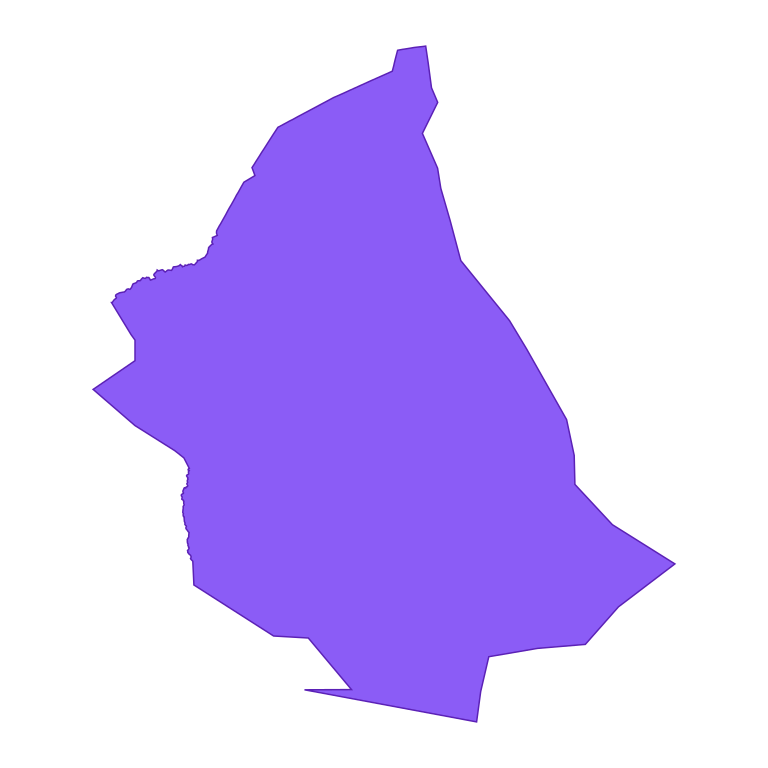 Bayandun, Dornod, Mongolia
{"feature_id": "93677404B6552639401597", "entity_name": "Bayandun", "entity_type": "district", "adm_level": 2, "iso_a3": "MNG", "parent_name": "Mongolia", "parent_adm1": "Dornod", "projection": "robinson", "projection_center": [113.06, 49.385], "detail": "fine", "context": "isolated", "style": "filled", "palette": "violet", "viewbox_px": 768, "rotation_deg": 0, "n_neighbors": 0, "source": "geoboundaries", "source_scale": "gbopen_adm2", "svg_char_len": 5941}
<svg xmlns="http://www.w3.org/2000/svg" viewBox="0 0 768 768"><path d="M304.5,689.8L476.6,721.9L480.7,691.5L488.8,656.7L537.4,648.4L585.3,644.4L618.5,606.8L674.9,563.9L612.4,524.7L574.9,484.4L574.2,455.4L566.6,419.6L526.4,348.6L509.5,320.6L460.8,260.6L450.1,220.4L440.8,188.3L437.6,168.2L422.4,133.4L437.7,102.4L431.5,87.8L428.2,63.0L425.7,46.1L422.8,46.5L418.3,47.0L414.0,47.5L411.2,48.0L405.7,48.9L403.8,49.2L402.9,49.3L397.9,50.2L397.6,50.3L395.4,58.7L394.3,63.2L393.8,65.5L393.2,67.8L392.3,71.2L371.2,80.6L361.5,85.0L349.6,90.4L343.3,93.3L333.5,97.6L328.5,100.3L322.3,103.6L297.9,116.6L292.7,119.5L289.6,121.0L287.1,122.4L277.9,127.3L273.3,134.3L269.9,139.6L267.6,143.2L264.1,148.7L261.4,152.8L259.5,155.9L255.9,161.5L254.0,164.6L252.0,167.6L252.4,168.7L253.6,171.9L254.9,175.6L243.9,182.2L241.5,186.4L239.4,190.2L238.2,192.4L236.5,195.1L234.9,198.2L231.4,204.5L229.3,208.0L228.2,210.0L226.5,213.2L225.9,214.4L222.9,219.7L220.5,224.0L219.4,225.7L217.8,228.7L216.6,230.9L216.5,232.1L216.5,233.2L216.8,234.1L217.3,235.4L213.7,237.0L212.4,237.5L212.6,238.8L212.6,239.3L212.5,239.8L211.8,242.0L212.3,243.1L212.9,244.0L211.7,244.5L210.8,245.3L209.1,247.0L208.5,248.0L208.5,249.0L207.9,251.0L207.6,252.1L207.6,253.3L206.9,254.1L205.0,257.1L201.8,258.7L200.8,259.3L199.2,260.3L198.8,260.3L197.4,260.3L197.5,261.4L195.3,263.9L194.5,264.8L193.2,264.8L192.9,264.8L192.0,264.2L191.4,263.9L190.8,264.0L189.6,264.5L188.4,264.4L187.6,265.2L186.9,265.4L186.4,265.4L185.1,265.0L184.7,266.0L184.4,266.2L183.1,266.5L182.4,266.8L181.9,265.7L180.9,265.2L180.3,264.6L179.6,265.3L178.7,265.9L177.4,266.3L176.2,266.6L173.9,266.8L173.4,266.9L172.9,267.9L172.4,269.1L171.5,270.4L168.4,270.0L167.8,270.1L167.3,270.4L165.3,272.0L164.6,271.7L164.2,271.4L163.9,270.8L163.4,270.5L162.8,269.9L162.2,269.7L160.9,270.1L158.9,270.8L158.3,270.7L157.2,270.0L157.1,270.6L156.9,271.2L154.3,273.8L153.8,274.9L154.0,275.4L154.4,276.0L155.4,277.2L155.5,277.8L155.2,278.5L154.9,278.7L153.7,278.8L152.8,279.2L151.7,279.7L150.4,280.1L149.5,278.4L148.8,277.5L147.4,277.5L146.5,277.3L146.3,277.5L145.8,278.1L145.3,278.4L145.1,278.4L144.1,278.2L142.8,277.7L141.2,279.3L140.6,280.3L140.1,280.7L139.4,280.7L137.9,280.8L137.4,281.0L137.1,281.5L136.6,282.4L136.2,282.7L135.0,283.2L133.4,283.7L132.8,284.2L132.4,285.3L132.0,286.3L131.6,287.3L130.4,289.0L129.9,289.4L129.2,289.1L128.5,288.9L127.8,289.0L127.1,289.2L126.7,289.4L126.1,290.1L125.4,291.1L124.3,292.0L123.3,292.1L121.7,292.4L120.5,292.6L119.3,292.9L118.1,293.6L116.9,294.1L115.7,295.1L115.6,296.0L115.6,296.4L115.7,296.5L116.4,297.4L116.4,297.8L116.0,298.4L114.3,299.6L113.6,300.5L112.3,302.4L111.5,302.5L131.1,334.7L135.0,340.1L135.0,360.7L93.1,389.4L135.0,425.6L174.8,450.7L183.9,457.9L189.3,468.4L188.6,468.7L188.2,469.3L188.1,469.6L188.1,469.8L188.2,470.1L188.8,470.3L189.3,470.6L189.2,470.8L188.7,471.0L188.5,471.5L188.4,472.0L188.5,472.8L188.7,473.6L188.6,473.9L188.4,474.2L187.9,474.5L187.4,474.7L187.1,475.0L186.9,475.1L186.8,475.4L186.6,475.6L186.6,476.0L187.1,476.8L187.5,477.4L187.8,477.6L187.7,478.4L187.7,478.7L188.0,479.1L187.9,479.5L187.7,479.7L187.4,480.1L187.4,480.3L187.4,480.5L187.2,481.0L187.3,481.3L187.5,481.7L187.6,482.4L187.6,482.6L187.4,482.9L187.1,483.2L186.9,483.5L186.9,483.9L187.1,484.5L187.4,484.9L187.6,485.2L187.7,485.5L187.6,485.8L187.6,486.2L187.4,486.6L186.8,486.8L186.4,486.9L186.0,487.2L185.9,487.8L185.6,488.0L185.4,487.9L185.0,487.8L184.6,487.7L184.3,487.9L184.1,488.1L184.0,488.5L183.9,488.7L183.7,489.0L183.6,489.8L183.2,490.1L183.1,490.3L183.0,490.9L182.9,491.2L182.9,491.5L183.0,491.9L183.1,492.4L183.5,492.9L183.4,493.3L183.2,493.5L182.4,493.9L181.7,494.4L181.4,494.7L181.3,495.0L181.3,495.3L181.3,495.7L181.5,496.1L182.0,496.6L182.1,497.1L182.1,497.5L182.0,498.3L181.8,498.9L181.8,499.2L182.2,499.5L182.6,499.8L183.0,500.0L183.3,500.2L183.5,500.4L183.4,500.8L183.5,501.1L183.8,501.4L183.9,501.8L183.8,502.0L183.7,502.8L183.7,503.2L183.8,503.7L183.8,503.9L184.2,504.6L184.1,505.0L183.9,505.4L183.7,505.6L183.4,506.0L183.2,506.4L183.1,506.8L183.2,507.0L183.3,507.2L183.3,507.4L183.2,507.7L183.1,507.9L183.1,508.1L183.2,508.5L183.3,508.8L183.2,509.1L183.0,509.4L183.0,509.6L183.0,509.9L182.9,510.3L183.0,510.6L182.9,511.0L182.8,512.0L182.8,512.3L182.8,512.6L183.1,513.1L183.2,513.4L183.4,513.7L183.3,513.9L183.2,514.3L183.1,514.8L183.1,515.2L183.3,515.4L183.4,515.7L183.3,516.0L183.4,516.3L183.6,516.7L184.0,516.8L184.3,517.1L184.3,517.4L184.2,517.6L184.1,517.8L184.1,518.2L184.2,518.4L184.3,518.7L184.2,518.9L184.2,519.1L184.2,519.4L184.2,519.6L184.4,520.0L184.3,520.3L184.3,520.5L184.3,520.8L184.3,521.1L184.4,521.4L184.6,522.0L184.8,522.4L185.0,522.8L185.0,523.1L184.9,523.8L184.9,524.0L184.9,524.3L184.9,524.5L185.1,524.8L185.7,525.4L186.0,525.6L186.3,526.1L186.4,526.3L186.3,526.7L186.2,526.9L186.0,527.2L185.9,527.8L185.9,528.3L186.1,528.8L186.2,529.0L186.5,529.3L186.8,529.7L187.3,530.3L187.8,531.0L188.0,531.4L188.3,531.8L188.8,532.2L189.1,532.6L188.9,533.2L188.9,533.5L188.9,533.8L188.8,534.6L188.7,535.6L188.7,536.1L188.8,536.4L188.7,537.0L188.4,537.5L188.4,537.8L188.1,538.1L187.9,538.2L187.8,538.5L187.7,539.0L187.4,539.2L187.2,539.7L187.2,540.0L187.3,540.4L187.4,540.9L187.3,541.8L187.5,542.0L187.5,542.4L187.4,542.7L187.5,543.1L187.6,543.3L187.9,543.6L187.9,543.9L188.0,544.4L188.0,544.8L187.9,545.2L188.0,545.6L188.2,545.9L188.3,546.3L188.4,546.5L188.6,546.7L188.7,546.9L188.7,547.2L188.6,547.4L188.7,547.5L189.0,547.8L189.0,548.3L189.0,548.5L188.6,549.1L188.5,549.4L188.3,549.6L188.1,549.9L187.8,550.2L187.5,550.5L187.5,550.8L187.6,551.0L187.8,551.3L187.8,551.6L187.8,551.9L187.8,552.1L187.8,552.4L187.8,552.6L188.0,552.8L188.3,552.9L188.5,553.1L188.6,553.3L188.6,553.6L188.7,553.8L189.0,554.0L189.7,554.6L190.1,554.9L190.5,555.2L190.6,555.7L190.9,556.0L191.1,556.6L191.0,557.1L191.0,557.5L190.9,558.0L190.5,558.5L190.8,559.1L191.5,559.9L192.8,561.2L193.9,585.0L273.6,636.0L308.3,638.0L351.5,689.6L304.5,689.8Z" fill="#8b5cf6" stroke="#5b21b6" stroke-width="1.5"/></svg>